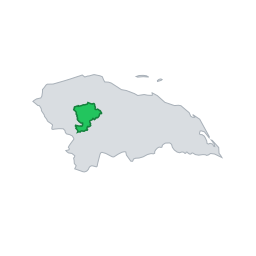 Comayagua on a map of Honduras (Mercator projection), rotated 22°
{"feature_id": "HND-646", "entity_name": "Comayagua", "entity_type": "Department", "adm_level": 1, "iso_a3": "HND", "parent_name": "Honduras", "parent_adm1": "", "projection": "mercator", "projection_center": [-87.57, 14.554], "detail": "fine", "context": "in_parent", "style": "filled", "palette": "green", "viewbox_px": 256, "rotation_deg": 22, "n_neighbors": 0, "source": "natural_earth", "source_scale": "10m", "svg_char_len": 5057}
<svg xmlns="http://www.w3.org/2000/svg" viewBox="0 0 256 256"><g transform="rotate(22 128 128)"><path d="M226.1,120.2L218.0,119.7L214.1,120.7L212.5,123.0L211.0,124.0L209.8,123.8L207.4,124.6L203.7,126.7L200.4,127.4L197.4,126.9L196.5,127.4L196.3,128.1L195.9,128.7L194.7,129.1L193.4,128.9L191.9,128.2L191.1,128.5L191.0,129.8L190.2,130.2L188.7,129.6L187.0,130.0L185.1,131.6L182.5,131.9L179.1,131.0L176.4,129.3L174.5,126.8L172.3,126.2L168.3,128.0L166.7,130.2L166.3,131.6L166.7,132.8L166.0,133.6L164.1,134.0L162.8,135.5L161.8,138.0L161.6,140.0L162.2,141.4L161.3,142.4L158.9,143.1L156.0,145.3L152.8,149.1L149.5,151.7L146.3,153.2L144.7,154.8L144.8,156.7L144.6,157.2L144.0,157.4L143.0,157.7L136.7,153.7L134.9,151.0L133.4,151.4L131.4,152.8L128.7,155.9L125.7,160.1L124.3,160.6L116.9,159.9L113.0,160.3L112.2,160.9L111.9,162.4L112.1,164.5L113.1,171.9L113.7,175.0L113.2,175.9L111.2,176.1L108.6,176.5L107.2,177.9L106.8,179.3L106.7,181.3L105.9,183.4L104.3,184.9L102.7,185.4L93.9,185.8L94.1,182.4L91.5,181.0L90.1,178.1L88.8,176.2L89.3,175.1L89.1,173.7L85.5,172.6L82.2,173.4L80.3,172.9L78.8,172.2L81.3,170.5L81.5,169.4L80.7,168.7L79.9,168.2L80.1,166.3L80.6,164.0L82.0,158.7L81.5,157.8L79.2,156.2L76.4,156.0L73.3,156.5L71.7,155.7L70.4,153.9L68.2,153.0L64.2,154.5L60.0,156.7L58.8,157.5L57.7,157.4L57.2,155.7L57.0,153.8L56.8,153.3L54.5,152.6L51.9,152.1L50.6,151.6L49.3,150.3L46.2,148.5L45.5,147.3L41.3,144.4L40.5,142.9L39.5,141.9L37.5,140.5L36.0,140.9L30.7,139.2L29.9,139.0L30.6,137.6L32.3,135.3L35.9,132.8L36.2,130.8L35.3,126.9L34.3,124.3L34.8,123.2L36.0,118.6L36.8,117.6L42.1,115.3L42.6,114.9L46.7,111.7L51.3,108.1L56.1,104.2L61.4,99.7L64.4,97.2L65.7,96.0L68.8,96.9L71.2,94.9L72.6,94.2L75.9,91.6L76.9,91.1L82.4,90.1L85.0,90.1L87.4,92.6L89.2,94.0L92.7,92.8L95.6,92.6L107.5,94.9L112.3,93.9L121.0,93.7L124.9,94.2L130.5,90.9L134.1,90.2L138.2,88.7L137.7,87.0L136.7,86.3L143.1,87.0L152.6,90.4L162.7,89.8L166.3,88.0L168.7,87.5L179.0,90.9L181.8,93.6L183.9,93.9L185.6,93.3L186.0,92.7L184.0,92.1L183.0,91.3L191.2,93.0L206.6,105.6L206.9,106.7L200.3,102.9L196.9,103.2L196.0,103.8L196.2,105.8L196.5,106.8L198.0,106.9L199.1,106.4L201.8,107.0L203.6,108.4L205.8,110.5L207.1,112.7L208.5,112.8L209.9,111.4L212.5,111.2L214.2,112.8L215.4,112.7L213.7,110.3L209.7,108.0L210.7,107.9L219.4,112.1L221.9,117.4L224.0,118.6L226.1,120.2ZM122.9,74.7L117.9,77.2L116.3,77.2L118.6,75.2L122.4,73.5L125.5,72.7L128.1,73.0L122.9,74.7ZM140.3,71.9L137.9,73.8L137.5,73.0L138.6,71.2L140.1,70.2L141.5,70.3L141.1,71.1L140.3,71.9Z" fill="#d9dde1" stroke="#a8b0b8" stroke-width="1"/><path d="M70.6,130.9L71.0,130.2L70.7,129.4L70.5,129.1L70.5,128.6L70.6,128.4L70.8,128.2L71.1,128.1L71.3,127.9L72.3,126.9L73.4,126.7L73.4,125.3L73.6,125.8L73.8,126.1L74.1,126.4L76.6,124.6L77.1,124.0L77.8,123.3L77.9,123.2L78.6,123.0L79.2,122.7L80.6,121.6L81.2,121.2L81.3,120.5L81.3,119.4L84.3,119.4L84.6,119.4L86.0,119.1L86.1,118.8L87.1,118.1L87.3,118.1L87.6,118.2L88.0,118.5L88.6,119.2L88.7,119.5L88.8,119.9L88.8,120.0L89.0,120.3L89.5,120.5L89.8,120.8L90.0,121.1L90.0,121.5L90.1,121.9L90.2,122.1L90.3,122.4L90.3,122.5L90.4,122.8L90.5,122.9L90.9,122.9L91.4,122.9L92.1,122.5L92.7,121.9L93.5,122.0L94.6,122.3L94.8,122.4L95.0,122.6L95.4,122.6L95.6,122.4L95.8,122.5L96.0,122.5L96.8,123.3L97.4,123.5L97.5,123.6L97.7,123.8L97.7,124.1L98.0,124.5L97.5,124.9L96.8,125.0L96.7,125.0L96.5,125.3L96.5,125.6L96.4,126.1L96.6,126.6L96.7,127.7L96.5,128.5L96.2,129.4L96.2,129.5L95.9,129.9L95.7,130.0L95.4,130.1L95.1,130.3L94.9,130.4L94.7,130.4L94.7,130.5L94.6,130.8L94.4,130.8L94.4,130.7L94.3,130.8L94.3,131.1L94.4,131.3L94.4,131.5L94.2,131.9L93.8,132.8L93.4,132.8L93.3,132.7L93.2,132.7L93.0,132.4L92.9,132.4L92.6,132.4L92.4,132.3L92.2,132.2L91.9,132.2L91.8,132.4L91.8,132.8L91.8,133.0L91.8,133.4L91.5,134.0L89.9,135.6L90.0,136.1L90.0,136.3L90.2,136.6L90.3,136.9L90.8,137.2L91.6,137.9L91.7,138.0L91.7,138.5L91.6,138.8L92.4,139.5L92.5,139.7L92.2,140.4L91.3,141.5L91.2,141.7L90.9,141.7L90.5,141.5L90.4,141.5L90.2,141.5L90.0,141.8L89.9,142.1L90.0,143.4L90.1,143.7L90.2,143.9L90.3,144.2L90.5,144.3L90.8,144.5L91.0,144.5L91.1,144.8L91.1,145.1L91.0,145.3L90.8,145.5L89.9,145.7L89.3,146.1L89.0,146.7L89.0,146.9L88.8,147.2L88.4,147.4L87.5,147.8L86.5,147.9L86.3,147.9L86.1,148.0L85.8,148.3L85.2,149.1L85.1,149.7L84.0,149.8L83.6,150.1L82.8,150.9L82.8,149.8L82.6,149.5L82.3,149.2L82.0,149.0L81.4,148.6L81.1,148.4L80.7,148.2L80.4,148.1L79.9,147.9L79.7,147.7L79.8,147.5L79.9,147.4L80.0,146.9L79.6,146.4L78.5,145.9L78.4,145.3L78.5,145.0L78.9,145.1L80.1,144.8L80.7,144.8L81.2,144.7L81.6,144.6L82.3,144.4L82.6,144.3L83.0,143.9L83.4,144.0L83.9,143.9L84.2,143.8L84.4,143.7L84.7,143.3L84.8,142.9L84.5,142.6L84.7,142.3L84.6,141.6L84.5,141.4L84.1,140.5L84.0,140.4L82.6,141.0L82.3,140.9L82.0,140.9L81.3,140.7L81.0,140.5L80.0,140.3L79.9,140.3L79.7,140.0L79.6,139.9L78.4,139.5L77.9,139.1L77.6,138.6L77.8,138.4L77.8,138.2L77.5,137.7L76.5,136.4L76.1,136.1L76.2,135.8L76.2,135.4L75.8,135.1L75.1,134.8L74.8,134.6L74.6,134.2L74.6,133.9L74.5,133.6L74.2,133.0L73.9,132.6L73.4,132.4L72.8,132.0L71.7,131.7L71.2,131.6L70.6,130.9Z" fill="#22c55e" stroke="#15803d" stroke-width="1.5"/></g></svg>